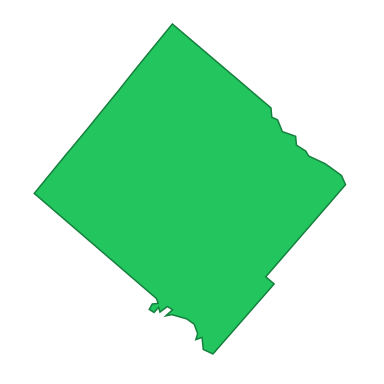 Bates, Missouri, United States of America (Robinson projection), rotated 39°
{"feature_id": "52423323B79334401878535", "entity_name": "Bates", "entity_type": "district", "adm_level": 2, "iso_a3": "USA", "parent_name": "United States of America", "parent_adm1": "Missouri", "projection": "robinson", "projection_center": [-94.392, 38.252], "detail": "fine", "context": "isolated", "style": "filled", "palette": "green", "viewbox_px": 384, "rotation_deg": 39, "n_neighbors": 0, "source": "geoboundaries", "source_scale": "gbopen_adm2", "svg_char_len": 893}
<svg xmlns="http://www.w3.org/2000/svg" viewBox="0 0 384 384"><g transform="rotate(39 192 192)"><path d="M70.3,292.4L231.5,297.2L235.8,299.9L231.6,304.0L232.7,310.2L238.3,309.5L238.7,302.7L242.7,305.5L244.9,296.5L251.0,295.7L249.6,304.7L253.5,300.0L267.9,293.9L276.9,293.4L285.5,298.5L287.9,304.3L291.3,298.7L299.9,307.3L310.2,304.7L313.7,211.8L302.7,211.5L306.0,112.9L306.7,89.7L297.8,85.1L277.8,86.2L260.0,90.6L254.6,88.6L243.7,89.9L237.5,83.5L224.2,88.2L213.2,82.1L206.9,83.6L200.5,77.0L151.5,75.7L150.6,75.7L71.0,73.8L70.9,96.5L70.8,112.6L70.8,118.4L70.8,120.3L70.8,130.3L70.8,133.0L70.9,148.0L71.0,154.0L71.0,156.2L71.1,159.0L71.0,165.4L71.0,171.3L71.0,172.0L71.0,182.3L71.0,199.4L71.0,205.0L71.0,209.0L71.0,209.9L70.9,217.1L70.9,218.8L70.8,224.1L70.7,235.9L70.5,239.7L70.5,245.4L70.3,288.6L70.3,289.3L70.3,292.4L70.3,292.4Z" fill="#22c55e" stroke="#15803d" stroke-width="1.5"/></g></svg>